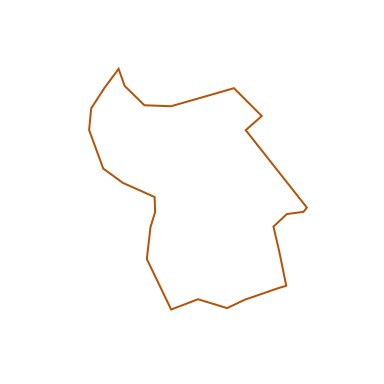 the district of Songpa-gu, Seoul, South Korea, rotated 33°
{"feature_id": "91817680B10131618900015", "entity_name": "Songpa-gu", "entity_type": "district", "adm_level": 2, "iso_a3": "KOR", "parent_name": "South Korea", "parent_adm1": "Seoul", "projection": "robinson", "projection_center": [127.12, 37.494], "detail": "fine", "context": "isolated", "style": "outline", "palette": "amber", "viewbox_px": 384, "rotation_deg": 33, "n_neighbors": 0, "source": "geoboundaries", "source_scale": "gbopen_adm2", "svg_char_len": 494}
<svg xmlns="http://www.w3.org/2000/svg" viewBox="0 0 384 384"><g transform="rotate(33 192 192)"><path d="M296.8,142.5L203.4,110.9L209.1,90.3L170.6,82.1L127.7,131.5L104.8,145.2L77.7,139.7L63.4,128.7L61.9,152.0L61.9,176.7L71.9,196.0L104.8,220.7L129.1,222.0L163.4,216.6L172.0,228.9L176.3,244.0L190.6,272.8L238.5,301.9L255.4,278.7L284.6,270.3L294.9,253.6L316.3,226.2L322.1,219.3L297.8,194.6L279.2,176.7L283.5,158.9L296.3,147.9L296.8,142.5Z" fill="none" stroke="#b45309" stroke-width="2"/></g></svg>